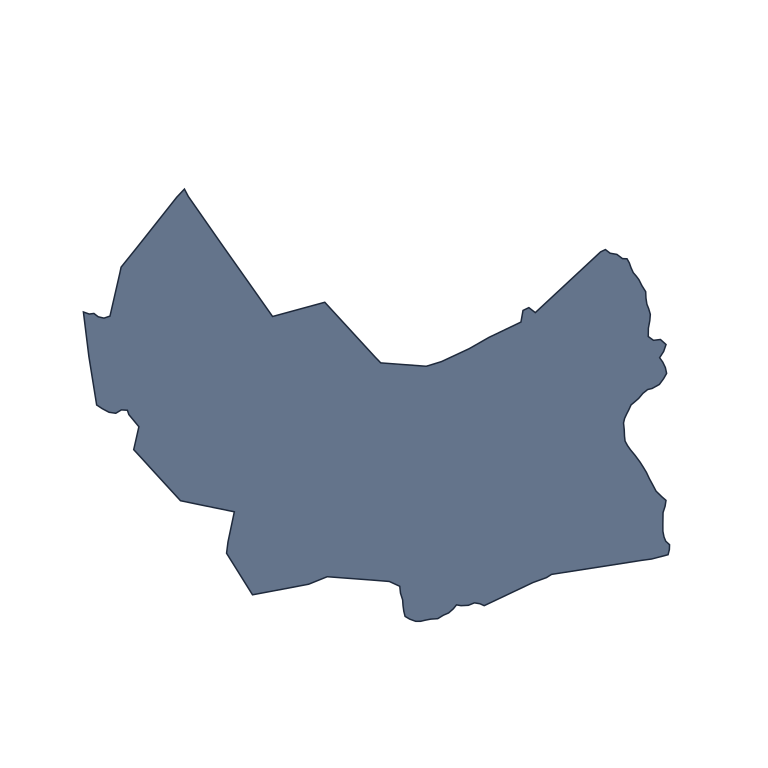 Alagoinhas, Bahia, Brazil, rotated 74°
{"feature_id": "56859067B11961030352973", "entity_name": "Alagoinhas", "entity_type": "district", "adm_level": 2, "iso_a3": "BRA", "parent_name": "Brazil", "parent_adm1": "Bahia", "projection": "orthographic", "projection_center": [-38.386, -12.106], "detail": "fine", "context": "isolated", "style": "filled", "palette": "slate", "viewbox_px": 768, "rotation_deg": 74, "n_neighbors": 0, "source": "geoboundaries", "source_scale": "gbopen_adm2", "svg_char_len": 1874}
<svg xmlns="http://www.w3.org/2000/svg" viewBox="0 0 768 768"><g transform="rotate(74 384 384)"><path d="M626.4,158.0L621.8,155.3L617.2,153.8L612.8,156.5L608.2,157.0L602.4,156.5L596.0,154.7L590.4,153.0L584.5,151.2L579.0,147.5L573.6,145.0L569.0,148.0L562.0,152.0L553.9,153.7L548.1,155.0L541.3,156.1L536.1,157.5L529.6,159.4L521.6,162.4L515.2,165.2L510.3,166.9L505.3,168.0L500.5,167.2L494.3,165.7L487.5,164.5L483.4,162.2L479.7,159.0L476.3,155.8L472.2,152.3L470.2,147.8L468.0,143.1L464.4,137.8L462.0,132.1L462.2,127.5L460.3,119.4L455.9,113.7L451.7,109.4L445.7,109.0L439.8,110.0L434.7,111.8L429.8,106.2L423.8,102.0L417.4,106.0L416.3,112.9L411.2,116.9L403.3,114.5L396.3,111.0L390.5,108.8L384.6,108.8L379.7,109.3L373.6,108.5L367.4,107.0L360.5,109.0L354.0,110.2L349.8,111.8L345.7,113.7L340.3,114.5L335.2,114.8L330.6,115.9L329.2,120.2L323.6,124.4L320.6,130.6L315.8,134.1L316.7,139.4L357.1,218.9L350.5,223.7L351.6,230.1L362.2,235.3L368.1,270.2L373.5,292.3L378.3,322.6L378.6,338.5L362.8,381.3L355.5,385.2L289.1,418.4L288.4,472.5L241.5,488.8L203.6,502.0L149.8,520.4L141.6,522.1L147.2,531.6L185.2,584.6L199.2,604.5L204.3,607.2L243.2,628.7L243.5,635.0L240.6,640.2L236.2,643.4L235.5,648.1L231.9,653.1L276.1,660.1L325.0,666.0L330.1,661.6L335.4,656.1L338.2,649.9L336.5,643.6L338.5,637.9L343.1,637.7L357.5,631.4L370.3,638.4L378.1,642.7L389.2,637.1L400.2,631.7L440.1,611.8L449.1,594.7L465.6,563.1L492.8,577.5L503.3,582.0L550.4,568.5L551.6,555.8L555.7,511.6L553.6,491.7L560.9,472.0L569.2,449.5L575.3,433.3L582.8,424.6L589.6,425.8L596.7,425.6L602.3,426.8L607.9,427.6L613.2,427.8L617.1,424.1L620.9,418.9L622.2,414.2L622.4,409.5L622.9,403.9L624.4,397.0L622.6,390.6L621.9,385.0L619.2,379.3L616.3,375.2L618.3,371.1L620.0,363.9L619.3,357.4L621.7,352.3L624.7,348.8L615.9,295.5L614.9,281.2L613.2,275.4L624.5,185.3L626.0,175.0L626.4,158.0Z" fill="#64748b" stroke="#1e293b" stroke-width="1.5"/></g></svg>